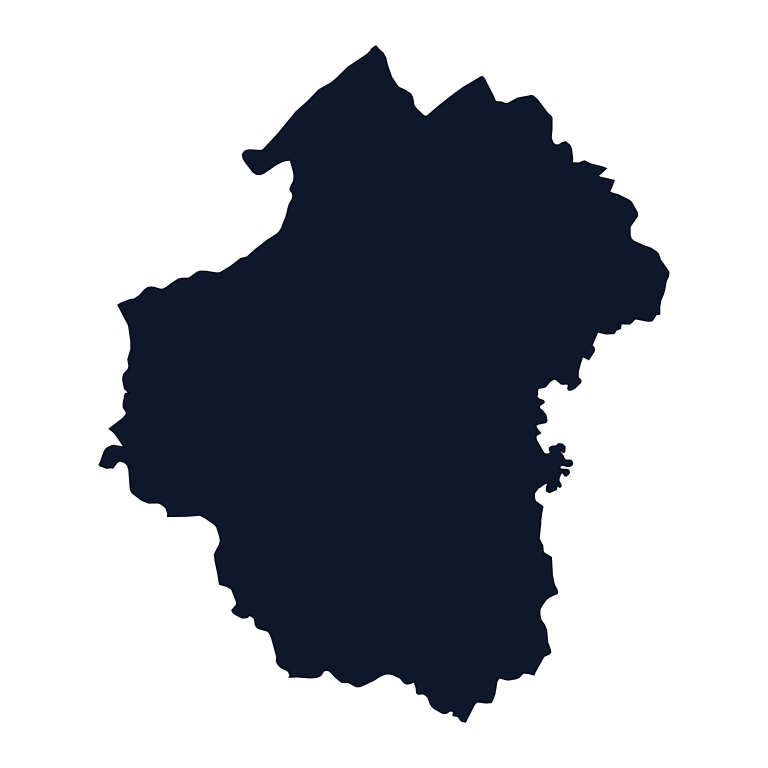 Yen Thanh, Nghệ An, Vietnam (Robinson projection)
{"feature_id": "81297802B75629290490646", "entity_name": "Yen Thanh", "entity_type": "district", "adm_level": 2, "iso_a3": "VNM", "parent_name": "Vietnam", "parent_adm1": "Nghệ An", "projection": "robinson", "projection_center": [105.458, 19.022], "detail": "fine", "context": "isolated", "style": "filled", "palette": "ink", "viewbox_px": 768, "rotation_deg": 0, "n_neighbors": 0, "source": "geoboundaries", "source_scale": "gbopen_adm2", "svg_char_len": 6101}
<svg xmlns="http://www.w3.org/2000/svg" viewBox="0 0 768 768"><path d="M481.4,76.8L462.9,87.8L455.6,93.1L441.0,104.4L427.5,115.9L426.0,116.4L423.8,116.1L416.8,109.4L414.5,106.5L413.6,104.9L412.9,99.9L412.1,96.6L410.2,93.8L404.6,90.1L398.5,87.4L396.6,85.1L391.4,77.1L387.1,64.7L385.6,58.1L383.1,53.3L378.6,49.3L376.0,46.1L374.4,46.9L371.3,49.4L371.2,50.5L367.4,54.3L348.2,67.2L335.9,79.2L331.1,83.1L318.9,90.0L308.0,101.3L296.0,112.0L278.1,133.9L263.2,149.9L260.2,150.7L249.7,150.0L246.7,150.5L244.6,151.6L243.3,153.1L242.6,154.9L243.1,157.8L243.8,159.4L245.6,162.3L253.3,172.1L256.5,174.2L260.0,174.4L263.6,173.1L276.3,164.4L281.4,161.8L285.1,160.5L288.6,160.0L290.3,160.2L290.8,161.0L293.7,172.0L294.3,175.9L293.9,180.7L290.2,188.3L290.1,189.0L290.3,190.0L292.2,192.7L292.9,194.7L292.9,197.4L292.0,200.0L289.9,203.3L288.8,206.2L286.3,216.3L281.6,228.5L279.6,231.5L277.3,234.0L267.9,240.0L255.6,249.5L247.4,256.9L245.8,257.6L240.9,258.6L231.4,266.0L220.3,272.8L217.2,273.2L205.3,271.4L199.8,271.4L197.2,272.4L189.5,278.0L188.1,278.4L181.9,278.5L178.4,279.3L172.1,283.3L166.8,287.4L163.3,289.2L160.7,289.5L153.8,287.5L150.5,287.2L147.7,287.7L144.4,290.2L139.9,295.4L134.4,299.2L130.0,299.8L121.0,303.3L118.1,305.0L128.7,325.2L131.0,340.9L131.1,349.1L128.0,359.6L129.1,365.6L128.8,368.6L123.7,374.3L122.9,378.8L123.0,380.9L124.7,388.5L129.3,393.2L125.7,393.6L125.0,395.0L123.3,403.7L123.5,407.6L126.3,411.7L126.5,413.2L125.7,415.5L122.8,418.6L109.5,428.8L114.0,432.4L117.8,437.4L124.1,446.8L123.6,447.3L113.8,445.5L111.6,445.9L107.3,448.0L105.6,449.6L103.8,452.8L100.7,462.0L99.3,464.8L101.0,466.2L102.1,466.3L106.5,468.1L111.3,467.6L113.0,467.9L116.7,462.6L119.3,461.0L120.8,461.0L123.2,461.8L126.2,463.4L127.7,465.6L129.0,469.1L130.5,489.6L132.2,492.8L141.6,500.1L148.6,502.9L157.2,502.7L160.0,503.3L164.1,506.0L166.3,508.4L167.9,513.5L167.7,516.3L186.0,516.1L200.0,515.0L205.3,517.8L214.7,524.3L216.9,526.9L219.9,536.7L220.6,540.7L219.5,544.8L215.6,552.3L214.5,555.0L215.5,561.9L218.0,573.8L219.7,584.2L226.6,586.2L231.6,588.8L237.0,602.6L236.4,605.2L232.0,610.3L233.3,612.8L236.2,614.8L242.3,617.8L244.7,617.8L247.3,617.2L249.6,615.0L254.1,618.0L255.1,621.4L255.4,624.5L256.5,626.7L259.1,628.5L266.3,630.5L268.4,631.5L270.0,633.8L272.1,639.0L276.9,656.9L276.5,661.1L277.5,663.4L278.8,665.2L281.4,667.6L288.0,670.9L289.3,672.9L290.3,676.1L289.6,677.1L296.7,676.7L310.3,677.7L316.3,677.3L320.7,675.4L323.3,671.2L325.3,670.2L327.7,670.2L329.7,671.0L335.8,677.4L341.6,682.0L344.3,682.4L348.3,682.2L356.2,686.5L359.6,686.5L364.2,684.7L373.6,680.2L380.5,675.8L385.6,673.9L389.2,673.7L392.3,674.4L399.9,677.7L401.9,679.7L403.0,681.6L404.8,683.1L406.9,683.9L411.3,683.0L414.2,681.6L416.3,687.4L416.8,692.8L418.0,693.9L418.9,694.1L422.7,693.6L426.0,695.1L428.3,697.8L430.1,703.2L431.9,706.1L433.9,708.2L440.8,712.2L443.6,713.4L446.2,713.2L450.7,710.5L454.0,711.9L453.0,715.0L453.8,715.5L458.3,716.5L460.7,720.2L461.8,721.1L465.4,721.9L474.1,704.8L476.3,702.2L477.9,701.8L486.1,702.8L491.2,702.4L492.9,698.9L494.7,694.0L496.7,681.7L499.1,677.6L506.5,679.7L508.7,679.8L515.0,678.8L517.7,677.9L519.2,677.1L522.7,673.4L524.2,672.9L529.2,673.4L533.9,674.8L534.7,672.6L543.7,656.4L549.5,653.7L550.5,652.4L550.1,649.5L547.5,642.4L546.4,629.9L544.1,624.7L541.1,620.6L539.9,616.4L539.6,612.3L539.9,608.9L542.2,604.7L545.9,599.7L549.1,597.0L557.0,593.4L557.4,592.0L556.7,589.6L554.1,584.5L552.2,575.4L551.2,557.4L543.8,553.0L543.0,551.2L542.5,545.5L539.1,539.2L539.0,538.0L540.5,523.8L540.5,520.9L541.6,512.2L542.7,506.7L535.3,501.3L534.2,497.7L534.2,493.9L535.1,491.6L536.7,490.1L538.2,487.8L539.3,487.4L545.6,483.0L546.6,483.0L547.5,483.7L547.7,484.7L546.6,487.2L546.6,490.2L547.0,491.2L549.4,492.4L556.3,489.3L556.6,486.8L557.1,486.1L557.8,485.9L559.7,487.1L560.5,486.7L560.9,485.9L560.8,484.8L558.9,481.4L558.7,479.5L559.1,477.3L560.9,473.5L561.7,472.5L562.4,472.4L565.3,475.9L566.0,476.0L568.5,473.9L569.1,473.0L569.2,472.1L568.7,470.5L567.8,469.7L561.0,469.3L559.6,467.7L560.0,466.3L561.1,465.4L562.6,465.0L566.2,466.1L568.9,466.3L570.5,465.9L571.8,465.0L572.4,464.1L572.4,462.8L571.7,461.3L570.8,460.4L565.6,460.3L563.8,458.2L562.8,455.6L560.0,451.8L559.9,451.1L560.5,450.5L561.3,450.4L563.3,452.3L563.9,452.3L564.6,451.7L564.9,447.7L564.5,446.4L562.1,444.2L558.8,443.8L558.0,444.3L556.4,446.1L552.5,446.4L550.1,447.4L549.6,448.2L549.5,449.4L550.7,452.4L550.0,453.3L547.8,454.4L545.2,454.0L543.3,452.6L536.9,441.3L536.1,439.3L535.7,436.5L536.5,435.1L539.9,433.5L540.3,432.9L538.1,430.5L536.2,427.6L535.7,425.9L536.1,424.9L539.3,423.7L545.8,422.4L546.8,420.8L545.9,415.8L545.1,414.2L542.0,410.5L539.9,408.9L539.2,407.6L539.7,405.3L543.8,402.7L544.0,401.8L543.4,400.6L539.6,399.5L536.6,397.0L537.5,393.9L537.2,391.9L537.9,388.8L539.0,388.1L544.3,387.1L545.6,386.5L550.2,381.0L553.8,379.1L555.0,379.0L556.5,379.7L561.3,383.9L563.4,384.1L567.2,383.8L568.3,384.7L568.7,385.7L567.9,388.5L568.5,389.8L569.5,390.1L571.8,389.7L574.7,388.1L580.5,382.5L580.8,381.7L580.5,379.8L578.2,377.5L577.9,376.7L578.1,371.4L579.8,364.8L582.2,357.2L582.5,356.7L583.3,356.6L588.7,359.4L593.9,351.6L594.2,350.3L594.1,348.2L591.8,345.4L597.6,331.8L606.3,333.8L613.8,333.4L614.5,332.8L615.9,330.1L620.3,328.4L620.9,323.6L629.4,323.9L632.3,321.7L634.4,319.3L635.7,318.7L647.8,321.0L651.2,320.9L652.3,320.4L655.6,315.3L656.7,314.3L659.1,314.2L659.6,313.8L659.5,306.6L660.6,300.5L663.2,294.2L664.3,290.7L666.1,280.8L668.1,276.5L668.7,273.3L668.5,271.6L660.2,259.8L658.1,253.9L656.0,251.7L649.9,247.9L644.1,246.0L633.6,241.3L631.0,238.9L630.0,235.4L629.9,226.6L637.3,216.0L637.1,212.5L631.4,202.5L629.4,200.5L618.3,195.0L609.4,192.4L614.0,180.5L600.0,177.3L597.6,176.0L606.1,168.5L602.3,167.0L590.9,164.2L584.7,161.1L582.3,161.7L579.3,163.2L572.4,163.0L572.4,158.0L571.3,149.0L569.7,145.2L565.5,142.0L562.3,142.8L558.9,145.0L556.1,145.2L555.0,144.9L552.8,142.7L551.0,138.0L551.8,129.1L551.8,117.8L550.6,116.0L547.5,113.3L537.6,100.2L533.5,96.4L531.6,95.7L517.7,98.3L507.9,103.6L506.5,103.8L504.5,103.5L501.2,102.1L496.1,101.9L495.4,101.4L493.6,97.1L484.2,78.6L482.9,77.1L481.4,76.8Z" fill="#0f172a" stroke="#020617" stroke-width="1.5"/></svg>